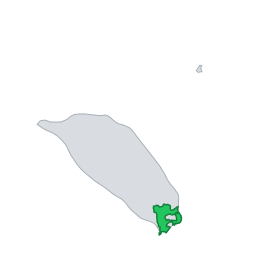 where New Taipei City sits in Taiwan, rotated 113°
{"feature_id": "TWN-1167", "entity_name": "New Taipei City", "entity_type": "Special Municipality", "adm_level": 1, "iso_a3": "TWN", "parent_name": "Taiwan", "parent_adm1": "", "projection": "mercator", "projection_center": [121.596, 24.984], "detail": "fine", "context": "in_parent", "style": "filled", "palette": "green", "viewbox_px": 256, "rotation_deg": 113, "n_neighbors": 0, "source": "natural_earth", "source_scale": "10m", "svg_char_len": 2785}
<svg xmlns="http://www.w3.org/2000/svg" viewBox="0 0 256 256"><g transform="rotate(113 128 128)"><path d="M168.0,178.3L165.1,184.2L162.8,190.4L161.9,196.2L162.0,202.3L161.3,207.7L160.2,213.1L155.7,211.6L153.2,207.7L152.7,201.4L149.4,193.7L148.2,191.5L143.5,187.2L139.2,185.1L135.9,181.9L136.3,182.2L133.9,177.9L132.0,173.4L128.2,160.4L126.9,157.3L125.1,154.4L124.6,151.6L125.2,148.5L126.8,143.8L127.8,139.0L127.0,132.6L127.3,126.2L128.6,123.3L150.4,84.2L156.3,75.9L160.0,71.8L163.0,67.2L165.9,61.3L169.5,55.9L172.0,54.3L184.5,49.5L188.5,44.8L191.6,43.4L195.1,43.5L197.4,45.7L199.5,48.3L201.6,49.7L207.2,52.3L209.6,54.7L210.7,58.9L207.3,63.0L205.6,66.6L205.3,70.6L205.9,76.0L206.0,81.4L201.8,94.1L197.3,102.0L196.0,105.9L194.7,115.6L192.0,125.4L189.7,137.8L186.0,150.5L183.9,155.8L181.3,160.8L175.1,170.4L168.0,178.3ZM47.3,82.0L49.4,85.4L48.5,87.5L42.1,86.4L41.8,84.3L44.2,84.7L47.3,82.0Z" fill="#d9dde1" stroke="#a8b0b8" stroke-width="1"/><path d="M202.9,50.3L209.0,51.8L209.6,52.1L209.3,52.8L209.2,53.3L209.3,54.2L209.8,55.8L210.2,56.5L210.6,56.6L211.8,56.5L212.5,56.5L213.2,56.7L213.9,57.1L214.2,57.5L212.7,58.3L212.6,58.1L212.0,57.7L210.9,58.0L209.4,58.7L208.8,59.2L206.8,59.6L206.6,60.1L207.0,60.7L206.7,61.4L205.9,61.9L205.3,62.1L204.7,62.5L204.1,63.2L203.5,64.1L202.6,64.7L201.5,65.1L199.2,66.5L196.9,67.4L196.2,67.8L195.4,68.5L195.0,69.4L195.0,70.1L195.2,70.7L195.3,71.1L194.6,71.5L193.4,72.1L192.6,72.7L191.9,73.3L191.0,73.6L190.0,73.9L189.6,72.9L188.0,71.5L187.8,70.5L187.6,69.6L188.2,68.9L188.4,68.0L186.9,65.8L186.1,65.4L184.7,65.5L183.8,65.0L184.1,63.8L183.9,62.9L183.0,62.0L182.8,61.1L183.0,60.1L182.9,59.0L183.6,58.3L185.9,57.6L186.5,57.0L186.6,56.3L186.6,55.5L185.6,54.2L184.9,53.8L184.2,53.7L183.6,53.2L182.8,52.6L181.7,52.1L180.9,51.3L182.9,50.9L183.8,50.6L184.8,49.7L185.2,49.5L185.6,49.4L186.1,49.4L186.7,49.6L187.1,50.1L187.3,50.6L187.5,50.9L188.2,50.6L187.5,49.6L186.5,48.6L186.0,48.2L186.1,47.8L186.4,47.5L186.8,47.3L186.9,47.2L187.3,46.3L187.8,45.2L189.0,44.2L190.7,43.3L192.6,42.9L194.5,43.1L195.3,43.7L197.1,46.2L197.7,47.5L197.9,47.4L198.4,47.3L199.0,47.2L199.3,47.3L199.3,47.5L199.1,47.7L199.0,48.0L199.0,48.4L199.2,48.6L199.6,48.9L198.8,49.4L197.5,50.0L197.0,50.4L197.1,50.9L197.6,51.5L197.9,52.2L198.4,52.8L199.0,53.4L199.6,53.8L201.4,54.5L202.3,54.7L203.0,54.4L203.5,54.1L203.5,53.6L202.9,52.9L202.9,52.4L202.9,50.3ZM195.6,59.1L196.3,58.8L197.6,57.1L198.0,56.4L197.3,55.8L196.5,55.3L196.5,54.4L196.8,53.3L196.5,52.5L195.8,51.9L195.4,50.1L195.1,49.5L194.8,48.9L194.7,48.3L194.8,47.7L194.5,47.3L193.8,47.1L193.1,47.4L192.6,47.8L190.6,49.0L190.0,49.7L189.6,50.5L189.3,50.9L189.0,51.5L189.7,52.2L190.7,53.2L190.9,54.3L190.7,55.6L191.4,56.8L192.4,57.6L193.0,58.3L193.7,58.9L194.5,59.1L195.6,59.1Z" fill="#22c55e" stroke="#15803d" stroke-width="1.5"/></g></svg>